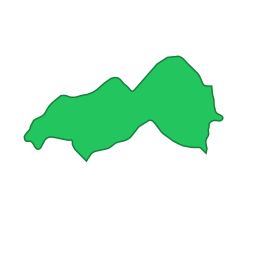 SVG path tracing the border of Dowa, rotated 147°
{"feature_id": "MWI-1908", "entity_name": "Dowa", "entity_type": "District", "adm_level": 1, "iso_a3": "MWI", "parent_name": "Malawi", "parent_adm1": "", "projection": "albers", "projection_center": [33.856, -13.529], "detail": "fine", "context": "isolated", "style": "filled", "palette": "green", "viewbox_px": 256, "rotation_deg": 147, "n_neighbors": 0, "source": "natural_earth", "source_scale": "10m", "svg_char_len": 1907}
<svg xmlns="http://www.w3.org/2000/svg" viewBox="0 0 256 256"><g transform="rotate(147 128 128)"><path d="M180.9,122.8L184.1,138.8L184.0,141.3L183.5,144.7L182.4,146.3L181.7,147.8L181.9,148.6L184.5,150.2L185.8,151.3L195.3,160.6L197.0,162.1L198.8,163.1L200.4,163.6L202.2,163.6L204.2,163.2L211.6,159.2L213.1,158.7L214.3,158.8L215.7,159.8L216.3,162.0L216.3,164.3L216.1,166.4L216.1,167.7L216.7,169.5L217.9,170.7L219.9,171.8L220.7,172.8L221.0,173.6L220.7,175.0L220.3,176.1L219.8,177.0L218.7,177.8L217.7,178.3L214.6,179.4L212.6,179.8L211.2,180.3L210.4,180.8L210.0,181.2L209.8,181.5L208.9,182.4L203.1,185.7L201.0,185.7L193.4,184.8L190.7,185.2L188.3,186.3L185.7,187.8L181.9,189.4L177.6,190.5L166.7,191.7L163.6,190.0L161.8,188.3L160.7,186.6L160.0,185.7L158.3,184.3L155.8,182.7L154.4,182.1L150.2,180.9L144.0,178.4L138.9,177.2L135.6,177.0L132.8,177.1L122.7,178.6L115.3,178.8L111.5,177.5L109.1,175.4L108.1,172.7L107.4,167.5L106.0,162.9L105.6,160.8L105.4,158.7L104.9,156.8L103.8,156.3L101.9,156.4L68.7,165.8L56.4,165.7L46.5,160.6L44.5,157.5L43.7,154.4L43.3,151.4L39.8,135.5L39.8,132.2L41.1,124.5L41.1,122.8L40.1,121.3L39.1,120.3L35.0,117.6L38.9,110.1L40.4,105.3L43.0,101.0L43.7,99.6L45.4,94.8L45.6,93.5L45.5,92.3L45.2,91.3L44.7,90.3L43.5,88.5L43.0,87.5L42.7,86.5L42.7,85.3L43.3,84.4L44.3,83.7L46.2,83.6L47.4,84.1L48.3,84.8L49.1,85.5L50.6,86.8L51.3,87.2L52.0,87.5L53.0,87.9L54.2,88.1L55.5,88.1L56.8,87.7L58.2,86.8L59.7,84.5L61.4,83.2L63.7,78.9L64.6,78.0L67.7,76.4L69.5,75.0L70.4,73.9L71.2,72.4L73.0,67.7L76.3,64.3L78.0,72.0L79.0,72.9L80.6,74.1L83.0,75.5L86.0,77.8L91.6,83.3L94.5,87.7L97.0,92.1L101.6,104.0L102.2,106.9L102.8,116.6L103.4,120.3L104.6,122.0L105.7,122.8L107.2,123.0L118.1,123.2L129.5,119.3L131.9,118.8L135.2,118.8L138.5,119.5L143.7,121.5L146.7,122.1L152.7,121.6L155.9,121.7L167.9,126.2L170.0,126.6L171.7,126.6L173.2,126.3L179.0,123.8L180.9,122.8Z" fill="#22c55e" stroke="#15803d" stroke-width="1.5"/></g></svg>